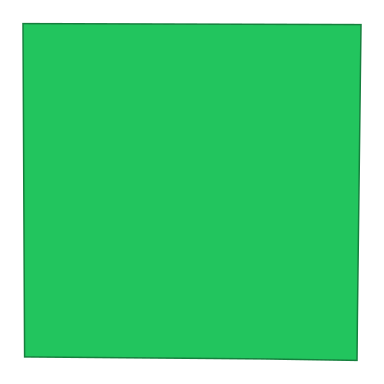 Young, Texas, United States of America (Robinson projection)
{"feature_id": "52423323B23202152143639", "entity_name": "Young", "entity_type": "district", "adm_level": 2, "iso_a3": "USA", "parent_name": "United States of America", "parent_adm1": "Texas", "projection": "robinson", "projection_center": [-98.597, 33.175], "detail": "fine", "context": "isolated", "style": "filled", "palette": "green", "viewbox_px": 384, "rotation_deg": 0, "n_neighbors": 0, "source": "geoboundaries", "source_scale": "gbopen_adm2", "svg_char_len": 212}
<svg xmlns="http://www.w3.org/2000/svg" viewBox="0 0 384 384"><path d="M357.4,318.3L361.0,24.6L23.0,23.6L24.6,356.9L262.8,358.9L357.0,360.4L357.4,318.3Z" fill="#22c55e" stroke="#15803d" stroke-width="1.5"/></svg>